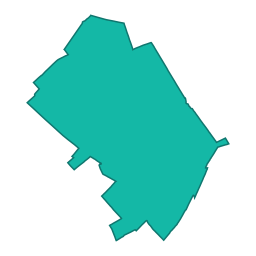 Lunguletu, Dâmbovita, Romania (orthographic projection)
{"feature_id": "2599482B28645513171347", "entity_name": "Lunguletu", "entity_type": "district", "adm_level": 2, "iso_a3": "ROU", "parent_name": "Romania", "parent_adm1": "Dâmbovita", "projection": "orthographic", "projection_center": [25.659, 44.619], "detail": "fine", "context": "isolated", "style": "filled", "palette": "teal", "viewbox_px": 256, "rotation_deg": 0, "n_neighbors": 0, "source": "geoboundaries", "source_scale": "gbopen_adm2", "svg_char_len": 5733}
<svg xmlns="http://www.w3.org/2000/svg" viewBox="0 0 256 256"><path d="M194.6,197.8L194.9,197.2L195.6,195.7L195.9,194.9L196.5,193.5L197.1,192.3L198.9,188.2L199.7,186.5L201.4,182.6L202.8,179.5L203.4,177.9L204.6,175.3L205.3,173.8L205.9,172.1L206.8,169.9L206.9,169.7L207.3,168.9L207.3,168.5L207.4,168.2L207.5,167.9L205.6,167.9L205.7,167.3L205.8,166.8L205.9,166.5L206.1,166.3L206.5,165.7L206.6,165.4L206.9,164.5L207.0,164.3L207.3,163.7L207.8,163.1L207.9,162.9L208.2,162.4L208.8,161.5L209.4,160.6L209.7,160.3L209.9,159.7L210.0,159.4L210.6,158.6L211.0,158.1L211.0,157.9L212.0,156.4L213.0,154.9L214.2,153.0L215.0,151.6L216.2,149.7L216.6,149.0L217.0,148.4L217.7,147.3L217.7,147.2L220.0,146.5L220.7,146.2L220.9,146.2L221.2,146.1L221.3,146.0L221.5,146.0L221.8,145.9L222.3,145.8L222.5,145.7L223.2,145.5L223.6,145.4L224.8,145.0L226.5,144.6L227.3,144.4L228.8,143.8L225.4,138.1L216.5,142.4L216.3,142.0L215.8,141.3L215.1,140.3L214.9,140.2L214.6,139.7L214.0,138.8L213.1,137.6L211.8,135.8L210.0,133.3L209.7,132.8L209.4,132.6L208.6,131.4L208.4,131.1L208.2,130.8L208.0,130.5L206.4,128.2L203.7,124.6L203.5,124.4L203.3,124.2L203.2,124.0L202.2,122.6L201.0,121.0L199.8,119.3L198.5,117.4L197.2,115.6L196.4,114.5L195.7,113.6L195.1,112.6L194.7,112.1L194.0,111.3L193.6,110.8L193.5,110.6L193.4,110.4L192.3,108.7L192.2,108.6L191.7,108.6L191.1,108.4L190.8,108.2L190.5,107.9L190.0,107.2L189.8,106.8L189.6,106.5L189.2,106.3L188.9,106.1L188.7,105.5L188.4,104.7L188.0,104.0L186.8,103.7L186.5,103.6L186.0,103.0L186.0,102.6L186.1,102.2L186.0,101.2L185.5,98.5L185.1,97.9L184.9,98.0L184.7,98.1L184.5,97.7L183.5,96.0L182.5,94.5L181.5,92.8L180.2,90.7L180.0,90.4L179.8,90.1L179.1,88.9L178.1,87.2L177.4,86.1L176.9,85.3L176.8,85.1L175.9,83.6L174.8,81.7L168.9,72.0L167.7,70.1L167.7,69.9L166.9,68.4L163.9,63.4L162.0,60.2L161.8,59.9L160.1,57.1L158.2,53.9L155.9,50.1L154.3,47.4L154.2,47.1L153.2,45.5L152.0,43.7L151.3,42.6L150.9,42.6L149.2,43.2L147.8,43.7L146.6,44.1L144.4,44.8L142.9,45.3L142.1,45.7L141.0,46.1L140.0,46.6L138.1,47.3L136.7,47.9L136.3,48.0L136.0,48.1L135.7,48.3L135.2,48.5L134.7,48.7L134.0,49.1L133.6,49.3L133.0,49.5L132.9,49.6L132.6,48.6L131.4,45.0L130.3,41.9L129.5,39.9L128.5,36.6L126.9,32.2L125.6,28.1L124.3,24.4L124.0,23.2L123.6,23.1L118.7,22.2L113.6,21.1L108.9,20.2L106.8,19.8L104.8,19.3L97.6,17.3L92.7,15.9L90.9,15.4L90.9,15.5L90.1,16.2L88.6,17.8L88.4,18.0L88.2,18.1L87.2,18.7L86.5,19.4L85.5,20.3L85.0,20.7L84.6,21.1L84.1,21.2L83.6,21.3L83.2,21.5L82.9,21.7L82.5,22.0L82.3,23.4L81.3,24.8L64.2,49.5L64.4,49.6L68.2,54.7L66.6,55.5L66.0,55.7L64.9,56.2L62.8,57.3L60.1,58.6L58.2,59.6L57.5,60.1L56.3,61.1L53.6,63.6L49.6,67.5L46.9,70.1L45.4,71.5L41.7,75.5L41.4,75.4L38.8,77.6L33.5,82.5L39.2,88.9L39.0,89.2L35.1,93.6L34.9,93.9L34.6,94.5L34.8,95.2L34.7,95.9L28.9,101.1L27.6,102.3L27.2,102.7L31.6,106.8L32.3,107.4L32.4,107.5L38.5,113.2L45.6,119.8L52.3,125.8L58.4,131.4L62.1,134.7L62.3,134.9L62.6,135.2L63.2,135.7L66.4,138.3L67.0,138.8L67.6,139.3L73.4,143.8L74.2,144.4L78.8,148.3L78.1,149.1L73.6,154.7L72.0,156.4L73.6,157.7L67.8,162.7L68.1,163.1L70.4,165.8L74.2,169.7L77.5,166.9L81.1,164.1L83.6,162.2L84.6,161.3L84.7,161.1L87.2,159.2L87.3,159.1L88.9,157.8L89.5,157.3L90.2,156.5L93.1,158.2L94.0,158.8L94.7,159.1L95.7,159.8L96.4,160.4L97.9,161.4L99.6,162.5L100.8,163.0L101.0,163.2L101.2,163.8L100.8,164.3L99.8,164.1L99.1,165.1L100.3,168.8L100.5,169.2L102.8,174.0L103.3,174.4L104.6,175.0L106.3,175.9L106.9,176.2L107.6,176.7L108.4,177.1L109.2,177.5L110.4,178.2L111.0,178.5L112.5,179.4L113.4,179.8L114.5,180.5L115.8,181.3L115.6,181.4L114.2,183.1L112.1,185.4L110.5,187.4L110.3,187.4L109.9,187.9L108.8,189.0L107.4,190.4L106.3,191.6L105.0,192.9L104.0,193.8L103.1,194.8L102.3,195.5L101.7,196.1L103.0,197.6L103.7,198.5L105.0,199.9L106.7,201.9L107.4,202.7L108.1,203.5L108.5,203.9L108.8,204.3L109.2,204.7L109.7,205.3L110.1,205.8L110.5,206.2L110.9,206.6L111.3,207.0L111.8,207.5L112.4,208.4L112.6,208.6L112.7,208.8L112.8,208.9L113.0,209.1L113.2,209.3L113.3,209.5L113.5,209.8L114.5,210.8L115.3,211.7L117.0,213.5L118.6,215.2L120.4,217.1L120.8,217.6L121.3,218.1L121.4,218.3L121.5,218.4L121.5,218.5L121.4,218.6L120.8,219.0L120.2,219.3L119.6,219.7L119.3,219.9L119.1,220.0L118.7,220.2L118.1,220.6L117.0,221.2L115.8,221.9L115.4,222.1L114.9,222.4L114.6,222.5L114.3,222.7L113.6,223.1L112.3,223.9L111.5,224.4L111.1,224.6L110.6,224.8L110.3,225.0L110.1,225.1L109.6,225.4L110.2,226.4L111.8,229.0L112.1,229.7L112.7,231.3L114.9,236.9L116.2,240.6L116.3,240.6L117.9,239.6L119.7,238.5L121.5,237.3L122.8,236.7L123.5,236.2L123.7,235.8L124.0,235.4L124.3,235.2L124.5,235.1L125.0,234.8L125.8,234.4L126.1,234.3L127.1,233.8L127.9,233.4L128.4,233.2L128.7,233.0L128.8,233.0L129.2,232.8L129.6,232.6L130.9,232.0L131.0,231.9L134.2,230.2L135.0,229.8L135.3,229.8L135.7,230.3L135.9,230.5L136.2,230.8L138.5,228.5L142.2,224.6L143.3,223.6L144.7,222.2L145.7,221.1L146.1,220.9L146.4,220.7L146.6,220.7L146.8,220.6L147.1,220.8L147.2,221.2L147.3,221.7L147.7,222.4L148.6,223.8L149.0,224.3L149.7,225.1L150.2,225.5L150.7,226.1L151.0,226.5L152.6,228.8L153.2,229.5L154.0,230.3L155.4,231.6L155.5,231.8L157.0,233.3L157.9,234.2L158.7,235.0L159.5,235.9L162.1,238.5L162.7,239.1L163.4,239.9L163.7,240.2L168.6,234.3L169.6,233.1L169.8,232.8L169.9,232.4L170.6,231.4L172.1,230.0L172.6,229.5L173.0,228.9L173.3,228.6L173.6,228.3L174.2,227.7L174.7,227.1L175.1,226.4L175.4,226.1L175.5,226.0L176.0,225.5L177.0,224.5L177.1,224.2L177.3,223.8L177.4,223.5L177.5,223.4L177.8,223.0L178.2,222.5L178.5,222.0L179.7,220.1L180.0,219.6L180.1,219.4L180.3,219.2L181.2,217.6L181.8,216.5L182.3,215.7L183.1,214.2L183.4,213.6L183.6,213.3L184.2,212.1L184.5,211.7L185.3,210.3L185.5,210.1L185.9,209.9L186.1,209.7L188.5,204.4L192.2,197.0L193.1,195.6L193.3,195.3L193.7,195.4L194.0,195.8L194.3,196.3L194.6,197.8Z" fill="#14b8a6" stroke="#0f766e" stroke-width="1.5"/></svg>